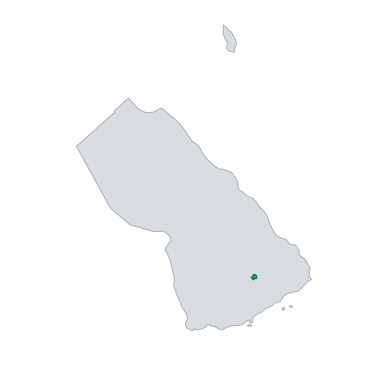 location of Dhamar City, Dhamar, Yemen, rotated 250°
{"feature_id": "15242507B10067021496798", "entity_name": "Dhamar City", "entity_type": "district", "adm_level": 2, "iso_a3": "YEM", "parent_name": "Yemen", "parent_adm1": "Dhamar", "projection": "robinson", "projection_center": [44.393, 14.606], "detail": "fine", "context": "in_parent", "style": "filled", "palette": "green", "viewbox_px": 384, "rotation_deg": 250, "n_neighbors": 0, "source": "geoboundaries", "source_scale": "gbopen_adm2", "svg_char_len": 3635}
<svg xmlns="http://www.w3.org/2000/svg" viewBox="0 0 384 384"><g transform="rotate(250 192 192)"><path d="M302.0,164.4L289.9,169.4L286.6,171.6L283.7,174.3L281.6,177.7L280.1,183.7L281.3,189.1L281.3,192.1L278.1,194.0L275.2,195.4L271.9,197.5L269.9,198.1L268.3,199.8L266.4,200.9L259.6,204.0L252.1,206.4L240.3,209.2L235.7,212.3L231.5,214.5L225.2,215.1L216.5,218.0L211.7,220.4L205.7,224.2L204.3,225.4L203.3,228.3L201.5,230.7L197.8,234.7L195.1,236.8L193.3,236.9L189.8,238.0L185.6,238.2L178.6,236.8L176.8,237.8L175.3,239.4L169.9,242.1L164.4,247.6L160.4,249.0L153.9,250.8L149.4,253.0L146.3,254.0L142.4,254.4L135.1,254.2L128.2,255.0L121.8,256.6L118.8,259.5L115.3,264.1L109.7,266.0L108.4,267.7L106.7,271.1L103.0,272.0L99.8,272.6L96.4,271.1L90.1,275.2L87.7,275.9L84.0,276.1L81.5,276.9L79.6,276.7L77.3,275.1L72.4,273.1L68.8,274.4L68.5,270.5L62.6,258.6L63.8,248.2L63.8,246.7L62.7,242.1L59.1,237.9L59.2,232.5L58.1,228.6L57.1,224.7L57.4,223.7L57.5,222.7L55.7,216.6L55.1,215.4L54.9,214.1L55.5,213.1L55.4,212.0L54.5,210.2L53.5,206.6L48.7,203.8L49.7,201.2L50.6,202.1L51.9,202.9L52.1,201.2L52.1,200.0L50.1,192.1L53.1,181.6L52.2,172.1L56.7,168.3L57.9,167.1L58.6,166.1L59.6,164.0L61.1,163.3L61.6,161.0L61.6,159.9L60.6,158.9L59.9,156.2L60.2,152.9L60.4,151.5L60.9,148.9L62.5,148.0L62.9,147.2L61.6,145.6L61.8,144.6L64.5,141.9L65.5,141.1L67.3,140.2L68.6,140.3L70.2,140.7L71.6,141.5L73.0,142.9L74.4,144.4L76.6,145.0L78.1,144.9L79.4,145.6L80.4,145.2L81.6,144.4L83.5,144.4L85.2,143.5L90.0,143.1L94.6,143.4L99.5,142.6L104.3,142.7L109.2,142.7L110.3,142.8L111.4,143.3L115.5,145.7L118.6,146.2L124.9,146.9L131.6,147.6L137.4,148.2L142.4,147.6L146.5,147.1L147.6,147.2L148.8,148.7L151.3,152.4L153.6,155.9L157.7,156.1L160.3,154.8L163.2,152.9L164.9,151.5L166.9,145.8L168.2,142.1L171.2,138.0L173.7,134.5L177.0,130.0L178.9,127.4L182.5,122.4L186.0,120.5L192.6,116.7L199.2,113.0L203.5,110.6L207.1,109.5L213.2,108.5L220.4,107.4L227.6,106.3L235.2,105.1L243.8,103.8L249.6,102.9L257.1,101.7L263.3,100.8L268.8,99.9L274.5,99.0L275.6,101.8L276.7,104.6L277.8,107.4L278.9,110.2L280.0,112.9L281.1,115.7L282.2,118.5L283.3,121.3L284.4,124.1L285.5,126.8L286.6,129.6L287.7,132.4L288.8,135.2L289.9,138.0L291.0,140.8L292.1,143.5L293.2,146.3L294.9,147.2L296.0,149.7L297.5,153.4L299.0,157.1L300.5,160.7L302.0,164.4ZM319.7,276.1L321.2,276.4L323.5,275.5L330.0,275.4L338.0,278.5L336.5,279.3L335.6,280.4L332.1,281.4L328.7,283.8L318.7,285.0L315.7,284.3L313.3,282.0L308.8,279.0L310.5,277.1L310.9,276.2L311.6,275.4L314.1,273.9L316.6,274.2L319.7,276.1ZM51.8,239.0L51.4,239.5L51.0,239.4L49.5,237.9L51.2,236.3L52.0,237.8L51.8,239.0ZM47.0,201.9L46.3,202.5L46.0,201.4L46.5,199.0L47.3,198.3L47.9,200.1L47.5,201.1L47.0,201.9ZM51.0,246.4L49.4,247.2L50.5,245.0L51.6,244.6L51.9,244.7L51.0,246.4Z" fill="#d9dde1" stroke="#a8b0b8" stroke-width="1"/><path d="M90.9,218.7L90.8,218.8L90.7,218.9L90.5,219.1L90.3,219.2L90.2,219.4L90.1,219.7L90.2,220.1L90.2,220.3L89.9,220.3L89.7,220.4L89.4,220.2L89.4,219.8L89.3,219.6L89.1,219.4L89.0,219.5L88.9,219.6L88.7,219.9L88.6,220.0L88.7,220.3L88.8,220.4L88.9,220.5L88.9,220.8L89.0,221.2L89.2,221.4L89.2,221.5L89.3,221.6L89.2,222.1L89.2,222.3L89.2,222.6L89.1,222.9L89.0,223.1L89.3,223.3L89.6,223.5L89.8,223.6L90.0,223.6L90.4,223.6L90.7,223.6L90.8,223.7L90.9,223.8L91.0,223.9L91.3,223.9L91.5,223.7L91.8,223.4L92.1,223.3L92.0,223.2L92.1,222.9L92.1,222.7L92.4,222.5L92.9,222.3L93.0,222.3L93.2,222.0L93.3,221.8L93.3,221.7L93.3,221.4L93.2,221.3L93.0,221.2L92.7,221.1L92.4,221.1L92.2,220.9L92.0,220.7L91.9,220.5L91.8,220.4L91.7,220.1L91.4,219.8L91.4,219.7L91.4,219.2L91.5,219.1L91.3,218.8L91.2,218.6L90.9,218.6L90.9,218.7Z" fill="#22c55e" stroke="#15803d" stroke-width="1.5"/></g></svg>